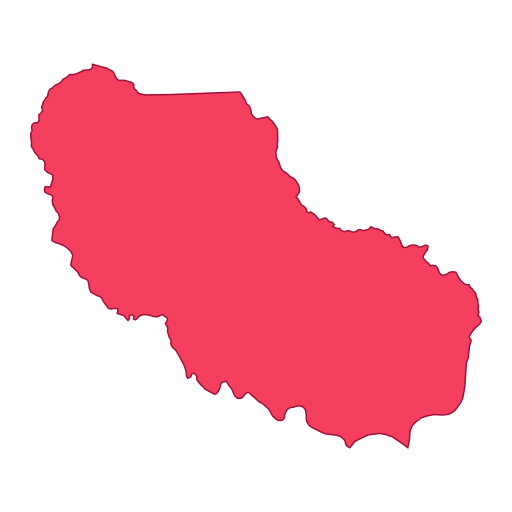 outline of Jaguarão, Rio Grande do Sul, Brazil
{"feature_id": "56859067B71859783217554", "entity_name": "Jaguarão", "entity_type": "district", "adm_level": 2, "iso_a3": "BRA", "parent_name": "Brazil", "parent_adm1": "Rio Grande do Sul", "projection": "robinson", "projection_center": [-53.354, -32.403], "detail": "fine", "context": "isolated", "style": "filled", "palette": "rose", "viewbox_px": 512, "rotation_deg": 0, "n_neighbors": 0, "source": "geoboundaries", "source_scale": "gbopen_adm2", "svg_char_len": 5406}
<svg xmlns="http://www.w3.org/2000/svg" viewBox="0 0 512 512"><path d="M267.9,116.8L265.2,117.4L263.3,117.7L260.4,118.3L257.4,119.2L255.4,118.3L253.8,116.7L251.8,114.8L251.2,112.4L250.7,109.3L249.5,106.4L248.0,104.9L246.2,103.5L245.4,100.5L243.8,97.9L242.5,95.7L241.3,93.8L239.8,92.0L169.2,94.6L145.9,94.9L143.9,94.6L141.6,94.3L138.1,93.1L136.6,90.7L135.1,89.4L133.5,87.2L133.8,84.5L131.8,82.4L129.2,81.7L126.8,81.0L124.7,80.4L121.9,80.3L119.2,80.5L117.4,79.5L115.8,77.2L114.8,75.2L113.7,72.7L111.9,70.7L109.1,69.5L106.6,68.1L92.4,64.3L92.5,67.5L90.5,69.5L88.5,69.8L85.8,70.0L83.1,70.3L81.0,71.8L78.9,72.6L75.9,74.1L72.5,74.6L69.7,74.5L68.1,76.0L66.3,77.6L63.1,79.3L61.3,81.7L58.9,83.8L56.3,84.5L54.4,86.0L52.1,88.1L49.8,89.3L48.7,91.4L48.0,93.9L47.5,96.6L45.8,98.1L44.5,100.2L43.1,102.4L42.4,104.8L41.7,107.6L42.5,110.6L40.7,113.3L39.0,114.6L38.9,117.4L39.1,120.0L38.1,122.5L35.3,122.6L33.5,123.3L32.1,124.9L31.5,127.6L32.2,130.6L30.7,133.5L30.9,137.9L31.4,140.9L31.5,143.5L31.4,146.7L32.8,148.4L33.8,150.4L34.8,152.4L36.1,154.0L38.0,155.9L39.1,158.7L42.4,159.3L44.6,161.6L45.0,164.5L44.8,167.3L44.7,169.6L47.1,172.1L49.5,173.3L52.7,174.9L52.9,179.1L51.1,184.5L50.3,187.0L47.4,186.8L44.9,187.0L44.5,189.5L44.9,192.1L48.0,193.9L51.2,194.8L53.1,197.0L52.2,200.4L52.9,205.0L54.3,207.0L56.1,210.9L58.4,213.4L59.4,216.6L59.2,219.9L57.4,221.9L56.1,224.3L55.0,226.4L53.3,228.6L52.9,231.1L52.6,234.8L52.0,237.5L52.0,240.6L55.7,242.7L58.4,243.4L60.5,244.3L62.9,245.2L65.4,246.6L68.1,248.7L70.9,251.5L72.7,255.3L72.2,258.2L71.3,261.9L70.8,265.3L72.3,266.9L74.4,268.7L76.0,270.3L77.9,272.4L79.4,275.4L81.1,277.0L83.4,278.3L85.5,278.9L87.8,280.4L88.6,283.2L89.0,285.4L89.2,287.6L90.1,290.1L90.9,292.1L93.1,293.4L95.5,294.7L97.4,295.8L99.7,296.4L101.8,298.1L102.7,300.2L104.5,303.1L106.6,305.9L108.5,308.3L110.7,309.0L113.4,308.5L115.7,308.5L117.7,308.6L117.9,310.9L117.2,313.4L120.2,314.3L124.0,315.6L125.9,318.2L128.0,320.5L129.6,318.6L129.3,316.0L131.1,314.7L133.8,315.9L133.4,319.0L135.2,319.8L137.4,318.4L138.9,316.4L140.6,315.5L142.6,314.8L144.7,314.6L147.7,314.9L150.3,315.4L152.9,316.4L155.3,316.7L157.6,316.7L160.0,315.7L162.3,314.3L164.1,316.0L166.3,317.1L167.6,319.0L166.8,321.4L165.4,323.3L166.4,325.4L167.8,327.6L167.5,331.4L168.3,334.2L169.1,337.1L171.1,340.2L170.8,343.7L171.7,346.3L173.7,348.5L175.7,350.0L176.9,352.1L178.1,354.1L180.7,358.7L182.8,362.9L184.1,365.2L184.9,367.5L185.7,370.0L186.3,372.4L186.4,375.5L187.6,378.3L190.7,377.0L191.7,374.0L193.9,373.1L196.7,375.8L196.9,379.6L198.1,381.6L199.7,383.6L201.5,385.4L203.9,387.7L205.4,389.3L208.9,391.3L212.1,392.9L214.5,394.3L216.6,393.6L218.1,391.5L219.9,388.0L220.5,384.7L221.7,382.5L224.1,381.7L226.3,381.5L227.7,383.3L229.1,385.8L230.6,387.5L232.5,390.4L233.7,393.7L235.2,396.5L237.5,398.3L239.9,398.5L241.6,398.0L243.1,396.7L245.7,393.3L248.1,392.4L249.9,393.1L251.7,395.2L255.4,398.3L258.5,401.4L262.6,403.6L266.0,406.6L269.0,409.5L271.0,413.2L272.7,416.1L275.9,419.1L278.0,420.3L280.8,420.5L282.8,419.9L284.5,417.9L284.8,414.0L286.9,410.0L288.8,408.3L290.9,407.4L293.8,407.2L296.1,406.2L299.5,405.9L302.9,406.8L305.4,409.7L306.3,415.1L306.3,419.1L306.8,421.8L308.7,424.8L310.9,426.8L315.0,429.0L320.9,431.9L325.1,433.7L328.4,434.3L332.6,434.7L336.1,435.2L338.6,435.8L340.8,436.7L343.5,438.9L345.3,441.4L345.6,444.1L346.6,445.9L349.7,447.7L355.4,441.0L368.1,435.0L379.8,433.4L385.4,434.5L392.3,436.8L403.8,444.6L407.8,447.7L409.4,440.1L409.9,432.7L410.6,429.6L412.4,425.4L416.7,421.1L421.2,417.9L426.8,416.0L433.8,414.6L442.6,415.0L448.4,414.3L451.7,412.7L455.2,410.2L460.6,402.8L462.8,397.7L464.0,391.3L464.9,385.5L466.3,363.0L468.4,357.3L469.3,347.0L471.2,340.3L469.1,336.9L470.5,334.3L472.4,331.4L475.1,328.1L477.4,326.0L479.7,323.9L481.3,321.3L479.9,317.3L477.9,315.3L478.9,312.2L478.1,309.5L478.5,306.6L478.0,304.2L477.7,302.0L477.7,299.1L476.4,297.3L476.0,294.6L475.1,292.6L473.4,290.7L472.3,289.0L470.3,287.4L469.3,284.8L466.5,284.8L464.2,283.8L461.0,280.8L458.9,278.0L457.5,275.4L455.9,272.2L452.6,271.8L449.2,272.3L447.5,273.8L445.2,274.7L442.9,275.4L440.8,274.5L439.4,272.8L438.4,270.2L437.5,267.9L436.0,266.0L432.6,265.3L430.3,265.8L428.6,263.3L426.7,262.2L425.2,260.2L423.5,258.4L423.1,256.2L424.6,254.0L425.9,251.6L427.5,249.9L427.9,245.9L425.4,245.1L423.7,245.9L421.3,246.9L419.0,247.3L417.0,245.7L414.2,245.0L411.6,245.2L409.3,245.7L407.4,247.1L404.9,247.5L403.0,247.3L401.6,244.5L400.4,241.5L399.3,239.0L398.0,236.8L395.4,236.9L392.5,237.6L390.7,236.8L389.7,234.6L386.6,234.8L384.7,233.4L383.1,231.1L380.4,230.2L377.7,228.8L374.8,228.8L372.8,227.6L370.7,226.8L369.2,229.0L366.8,229.8L364.7,230.4L362.4,230.5L360.4,229.6L358.2,229.9L356.3,231.2L354.1,232.2L352.1,232.0L350.3,231.2L348.5,230.6L346.4,231.0L343.7,231.7L341.1,230.3L339.8,228.4L337.7,228.4L334.7,227.6L332.6,226.5L334.2,224.7L332.6,222.4L330.4,221.9L328.6,221.3L327.3,219.3L325.8,218.1L323.5,218.3L321.4,219.2L319.3,219.9L314.8,214.6L310.8,212.0L308.8,212.9L306.7,211.6L306.1,208.6L304.1,206.6L301.3,204.8L299.8,202.0L298.0,199.1L296.1,196.8L297.6,194.8L299.4,192.1L299.4,188.4L298.7,185.3L297.0,182.5L295.3,179.8L292.7,177.8L290.4,176.8L287.7,174.1L284.8,172.0L282.6,170.6L281.4,169.0L280.0,166.0L278.8,162.0L276.9,159.0L276.2,156.3L275.8,152.4L276.4,150.0L277.6,146.8L277.2,143.8L277.8,140.7L277.6,137.4L277.6,134.3L277.6,130.9L277.2,128.6L275.9,126.6L274.3,123.9L272.3,121.2L270.0,119.4L267.9,116.8Z" fill="#f43f5e" stroke="#9f1239" stroke-width="1.5"/></svg>